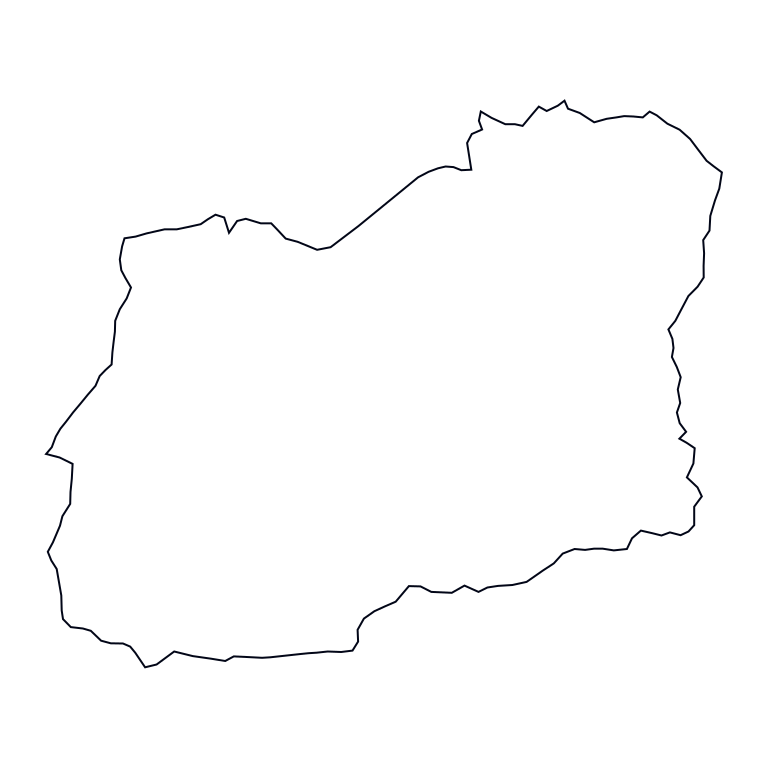 the district of Cristais Paulista, São Paulo, Brazil
{"feature_id": "56859067B55883287614463", "entity_name": "Cristais Paulista", "entity_type": "district", "adm_level": 2, "iso_a3": "BRA", "parent_name": "Brazil", "parent_adm1": "São Paulo", "projection": "albers", "projection_center": [-47.398, -20.367], "detail": "fine", "context": "isolated", "style": "outline", "palette": "ink", "viewbox_px": 768, "rotation_deg": 0, "n_neighbors": 0, "source": "geoboundaries", "source_scale": "gbopen_adm2", "svg_char_len": 2331}
<svg xmlns="http://www.w3.org/2000/svg" viewBox="0 0 768 768"><path d="M721.9,172.4L713.4,166.1L706.6,160.8L697.7,149.1L690.1,139.0L679.6,129.7L667.4,123.7L656.7,115.3L649.6,111.6L642.8,117.4L633.4,116.5L624.2,116.1L616.4,117.4L606.7,118.8L594.2,122.3L579.8,113.0L568.0,108.7L564.5,100.7L557.8,105.7L546.7,111.0L538.8,106.6L531.9,114.7L522.6,125.9L514.9,124.2L505.3,124.2L491.6,117.9L480.8,111.5L478.9,120.8L482.1,129.5L471.8,134.0L467.1,143.0L471.3,169.7L461.3,170.2L453.5,167.1L445.6,166.5L438.0,168.3L428.6,171.8L418.1,177.3L358.4,226.1L330.6,247.2L317.1,249.8L297.6,241.8L285.7,238.6L276.8,229.1L271.2,223.3L260.7,223.3L245.8,218.8L237.1,221.0L229.0,232.8L224.2,217.5L215.5,214.7L207.8,219.3L200.7,224.2L188.0,227.0L176.9,229.3L164.7,229.3L146.6,233.4L135.6,236.6L124.5,238.3L122.1,246.4L119.8,259.4L121.3,270.3L125.4,278.0L131.0,287.5L126.7,298.4L119.8,309.2L115.2,320.8L114.9,331.7L113.6,342.0L112.4,352.4L111.6,364.5L105.5,370.0L99.7,376.0L95.5,385.8L87.7,394.8L81.0,403.0L73.1,412.4L65.8,422.0L60.4,428.7L55.8,436.5L51.8,447.2L46.1,454.0L59.6,457.5L72.6,463.9L71.8,478.8L70.5,492.0L70.2,503.9L62.4,516.2L60.0,525.7L52.9,542.4L47.8,551.8L51.3,560.5L56.7,569.0L59.2,583.4L61.3,595.5L61.7,610.5L63.0,619.1L70.8,627.1L82.9,628.5L90.8,630.8L101.1,640.7L110.8,643.3L123.0,643.5L130.2,646.6L135.3,652.8L145.1,667.3L156.6,664.5L174.2,651.5L192.8,656.1L211.1,658.7L225.2,661.0L233.8,656.4L244.8,656.9L262.1,657.8L270.2,657.3L299.7,654.1L308.6,653.2L316.6,652.7L327.7,651.5L341.2,652.0L352.5,650.6L358.1,641.6L357.6,629.8L363.9,618.6L374.4,611.2L385.1,606.3L395.7,601.7L408.9,586.1L420.5,586.4L431.3,591.9L451.8,592.8L464.5,585.6L478.5,591.9L487.4,587.5L498.0,585.9L512.4,585.0L526.6,581.9L542.8,570.6L553.8,563.4L562.7,553.6L574.6,549.0L585.1,549.9L593.8,548.7L602.9,548.7L613.8,550.4L626.9,549.0L632.0,538.3L640.9,530.6L652.3,533.2L661.5,535.5L669.9,532.4L680.6,535.2L688.5,531.5L694.2,525.2L694.2,506.7L701.8,496.4L697.5,487.4L686.9,477.4L693.4,463.5L694.7,448.2L686.5,442.7L679.4,438.7L686.1,431.8L679.7,423.2L676.9,412.5L680.2,403.0L677.8,389.5L680.7,377.2L676.8,367.0L671.9,357.0L673.5,348.0L672.4,338.9L668.4,329.4L675.3,320.9L680.8,310.4L688.4,296.0L697.6,286.7L703.7,277.5L703.6,265.8L704.1,253.3L703.2,240.1L709.5,230.6L710.3,215.9L715.0,200.4L719.3,188.6L721.9,172.4Z" fill="none" stroke="#020617" stroke-width="2"/></svg>